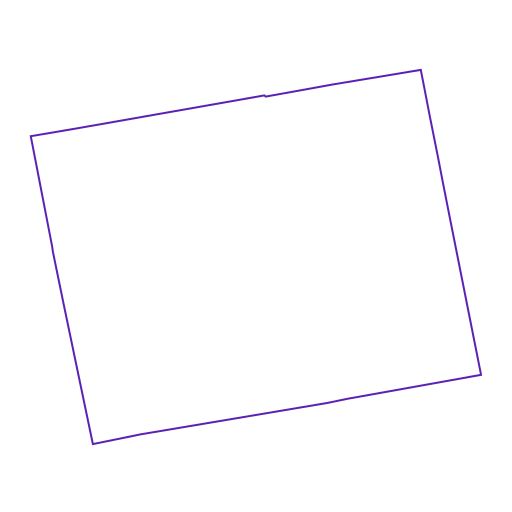 outline of Johnson, Indiana, United States of America, rotated 80°
{"feature_id": "52423323B4886498471892", "entity_name": "Johnson", "entity_type": "district", "adm_level": 2, "iso_a3": "USA", "parent_name": "United States of America", "parent_adm1": "Indiana", "projection": "albers", "projection_center": [-86.118, 39.49], "detail": "fine", "context": "isolated", "style": "outline", "palette": "violet", "viewbox_px": 512, "rotation_deg": 80, "n_neighbors": 0, "source": "geoboundaries", "source_scale": "gbopen_adm2", "svg_char_len": 407}
<svg xmlns="http://www.w3.org/2000/svg" viewBox="0 0 512 512"><g transform="rotate(80 256 256)"><path d="M412.9,449.3L411.6,400.3L413.1,211.1L412.5,191.1L412.1,55.0L246.0,58.6L216.3,59.2L191.2,59.6L147.6,60.6L116.8,61.1L101.3,61.4L100.4,150.4L100.7,218.8L99.3,219.9L99.2,412.2L98.9,457.0L211.4,455.1L216.4,455.3L272.9,453.7L333.6,451.8L412.9,449.3Z" fill="none" stroke="#5b21b6" stroke-width="2"/></g></svg>